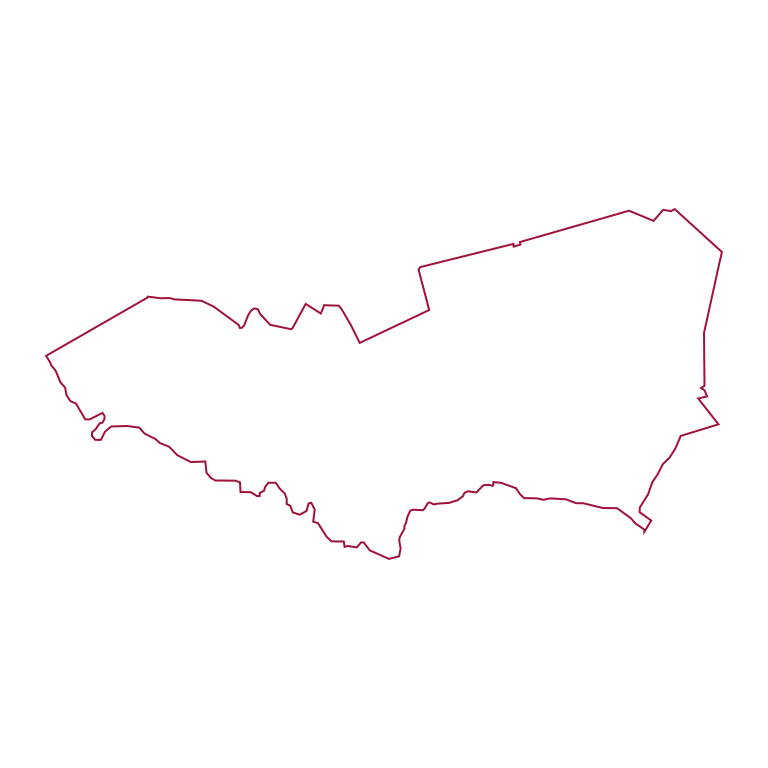 Harare Rural, Harare, Zimbabwe (Robinson projection)
{"feature_id": "62879985B75244512710705", "entity_name": "Harare Rural", "entity_type": "district", "adm_level": 2, "iso_a3": "ZWE", "parent_name": "Zimbabwe", "parent_adm1": "Harare", "projection": "robinson", "projection_center": [31.007, -17.946], "detail": "fine", "context": "isolated", "style": "outline", "palette": "rose", "viewbox_px": 768, "rotation_deg": 0, "n_neighbors": 0, "source": "geoboundaries", "source_scale": "gbopen_adm2", "svg_char_len": 2389}
<svg xmlns="http://www.w3.org/2000/svg" viewBox="0 0 768 768"><path d="M492.8,485.8L493.4,483.3L493.5,482.1L501.1,482.8L516.0,488.2L520.1,494.3L524.2,498.1L529.6,498.2L536.5,498.3L543.3,499.8L550.2,498.4L565.9,499.3L576.1,503.2L583.6,503.3L602.7,508.0L610.3,508.1L617.1,508.2L630.7,518.1L635.4,523.4L644.3,529.6L644.3,531.8L649.8,522.9L651.3,520.6L639.7,512.2L639.7,507.7L648.1,494.3L652.3,482.3L657.8,474.1L662.7,464.3L669.6,457.6L675.2,448.7L680.8,435.9L718.5,424.3L698.2,398.5L707.1,396.4L704.5,390.3L701.1,388.0L704.5,385.8L704.0,333.0L719.6,262.0L721.1,255.7L721.9,252.0L674.7,209.1L670.9,211.2L663.2,209.8L653.5,220.9L629.0,210.7L520.0,242.0L520.4,244.5L513.7,246.6L513.4,243.9L420.1,267.1L418.6,269.7L429.2,310.0L359.7,342.9L350.9,325.1L342.0,309.8L338.9,305.7L324.1,305.2L322.9,308.5L320.8,313.5L305.7,303.9L292.4,328.4L291.0,329.2L270.2,324.8L260.4,314.3L258.1,309.8L257.7,309.1L255.1,308.5L254.0,308.5L250.9,310.8L248.0,315.5L244.1,325.6L241.7,327.9L239.8,327.9L238.7,325.0L223.1,313.5L213.9,306.7L201.6,300.8L191.2,300.2L174.6,299.4L170.1,298.1L160.1,298.2L149.0,296.8L147.8,296.6L147.3,297.7L46.1,355.8L50.3,362.6L51.0,364.9L55.7,370.9L60.4,382.3L65.1,387.6L66.3,394.0L66.5,395.2L70.5,401.2L75.9,403.5L85.3,419.4L89.4,419.5L102.5,412.9L104.5,415.9L104.5,418.9L102.4,422.7L99.6,423.4L95.5,429.4L92.0,432.3L92.0,436.1L95.4,439.9L98.1,439.9L100.9,439.9L105.0,431.7L111.2,426.5L127.0,426.0L139.3,427.6L144.7,433.7L155.6,439.1L159.6,442.9L169.2,446.8L177.3,455.2L190.9,462.1L205.3,461.5L206.5,472.8L211.3,478.2L215.4,480.5L220.8,480.5L227.7,480.6L235.2,480.7L240.0,482.3L240.5,492.0L245.3,492.1L250.8,492.2L256.9,496.0L259.7,496.0L259.7,493.0L264.1,490.7L265.0,487.2L268.4,482.7L275.9,482.8L279.3,488.1L284.7,493.5L286.7,498.7L286.7,504.0L290.1,505.6L292.8,512.4L299.6,514.7L306.5,511.0L308.6,503.5L311.3,502.8L314.7,509.6L313.2,521.6L318.0,523.2L326.7,536.8L331.5,541.4L343.8,541.5L344.6,546.8L347.9,546.0L356.8,547.4L361.0,542.5L363.7,542.4L369.8,550.4L389.0,558.9L399.1,556.3L400.6,548.5L399.2,540.6L399.7,537.3L404.3,528.9L404.6,525.4L405.9,523.4L407.4,516.9L410.3,510.6L413.2,509.7L422.9,510.2L424.3,509.0L427.9,503.0L429.7,502.4L433.7,504.4L438.1,503.6L449.1,502.9L456.7,500.5L458.2,500.0L458.6,499.2L460.3,498.2L462.8,496.4L463.5,494.8L464.2,493.4L464.8,492.7L467.9,491.3L476.3,492.5L483.3,485.3L488.5,484.8L492.8,485.8Z" fill="none" stroke="#9f1239" stroke-width="2"/></svg>